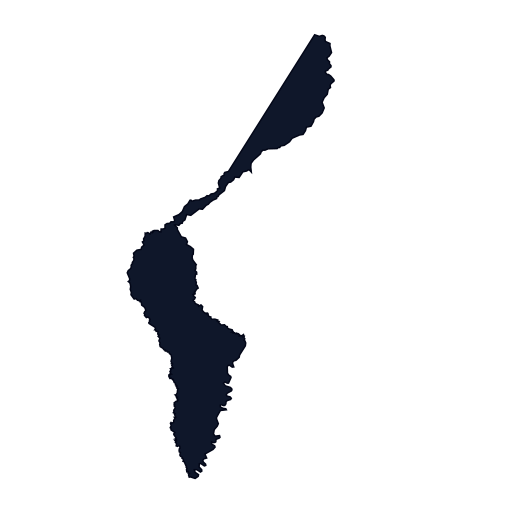 El Doncello, Caquetá, Colombia, rotated 43°
{"feature_id": "7082276B94017431983929", "entity_name": "El Doncello", "entity_type": "district", "adm_level": 2, "iso_a3": "COL", "parent_name": "Colombia", "parent_adm1": "Caquetá", "projection": "mercator", "projection_center": [-75.148, 1.876], "detail": "fine", "context": "isolated", "style": "filled", "palette": "ink", "viewbox_px": 512, "rotation_deg": 43, "n_neighbors": 0, "source": "geoboundaries", "source_scale": "gbopen_adm2", "svg_char_len": 6124}
<svg xmlns="http://www.w3.org/2000/svg" viewBox="0 0 512 512"><g transform="rotate(43 256 256)"><path d="M165.2,50.1L160.6,51.7L159.2,51.0L157.5,48.8L155.5,48.7L154.0,49.5L152.5,52.2L148.0,54.2L178.2,213.0L176.2,216.1L176.4,217.4L177.5,218.4L176.4,221.7L177.4,223.2L177.4,226.1L178.7,228.3L183.0,231.0L182.0,233.2L183.2,234.3L183.3,235.5L182.8,238.6L180.8,241.3L180.6,244.1L179.0,245.3L178.8,247.7L176.5,252.2L176.4,253.7L173.6,256.4L171.8,259.6L170.3,259.5L169.7,260.2L170.6,264.4L170.0,268.7L171.8,273.7L171.4,278.2L169.1,283.6L172.2,285.4L172.7,286.9L170.5,289.0L170.6,291.0L168.8,292.9L168.2,295.3L170.5,297.7L169.8,299.5L168.2,301.0L170.0,303.2L168.8,304.2L166.9,304.2L164.1,306.8L163.1,309.0L164.3,308.0L164.4,309.6L162.9,310.0L163.5,312.2L161.0,312.6L160.4,313.2L160.6,314.2L159.3,314.8L161.4,317.1L162.1,320.2L163.7,321.3L163.3,323.2L166.7,324.3L166.3,327.5L167.5,329.5L164.9,332.9L164.5,337.5L167.0,339.3L167.2,340.7L168.8,341.2L169.8,343.3L169.9,345.0L170.9,345.8L170.7,347.0L171.4,348.5L172.2,348.7L172.9,350.8L172.5,353.8L173.3,356.1L179.2,358.8L180.2,360.2L180.0,361.8L181.7,361.6L183.1,362.2L185.3,363.9L186.7,366.1L189.6,367.6L191.0,369.6L196.2,370.6L197.5,368.9L199.4,369.2L201.3,368.3L201.7,367.3L202.4,368.5L203.5,367.9L205.9,369.9L209.0,369.5L211.0,370.0L212.8,371.4L212.6,372.7L213.2,374.3L214.7,374.6L215.0,375.5L217.8,375.8L218.6,374.4L220.6,374.2L221.9,374.7L221.8,375.6L222.8,376.1L223.0,377.8L223.7,378.3L230.7,377.0L232.2,377.9L232.3,379.0L232.8,378.6L234.4,379.2L235.8,378.0L237.4,380.1L239.0,379.8L239.1,381.5L241.7,381.6L242.9,384.3L245.3,385.0L245.7,386.2L247.7,387.6L250.6,387.0L253.1,387.3L254.0,386.7L254.5,387.3L255.8,386.2L256.7,386.6L258.0,385.5L259.1,386.4L261.3,386.2L264.1,388.1L265.7,391.0L267.8,391.8L267.7,392.4L268.7,392.0L269.0,393.5L271.0,394.2L270.8,394.8L271.6,394.7L270.3,396.8L271.3,397.0L271.9,399.1L272.5,398.9L273.2,400.4L274.7,400.1L273.6,402.0L274.2,402.3L273.6,402.6L274.4,403.5L276.5,404.3L277.1,403.2L277.7,403.5L279.0,402.8L279.4,403.2L279.7,402.8L282.5,404.3L283.7,403.9L285.0,405.2L286.0,404.9L286.5,405.6L286.8,405.1L288.3,406.6L289.6,406.0L289.8,407.2L291.8,409.9L292.2,412.0L291.7,412.7L293.4,412.7L293.5,413.3L295.3,414.0L295.3,413.3L296.6,414.8L297.3,414.5L297.6,416.1L296.7,416.6L296.3,419.2L297.8,420.0L297.4,420.4L298.9,421.7L299.8,421.5L300.6,422.3L301.0,424.9L301.9,425.3L302.4,427.0L304.4,426.5L304.4,427.4L307.2,428.7L306.4,429.6L307.3,429.6L307.9,432.4L309.3,433.8L308.3,435.8L307.4,435.7L307.5,436.7L309.6,437.8L310.4,440.1L311.2,440.0L312.5,441.1L317.1,440.4L317.2,442.1L317.7,442.1L317.8,442.7L321.5,443.5L322.0,444.2L321.6,445.1L322.9,444.4L323.4,444.9L322.7,446.2L324.3,446.2L324.1,447.2L326.0,447.5L327.1,449.3L328.5,448.7L328.9,447.2L329.8,447.1L331.5,448.3L331.3,449.0L332.2,450.5L333.5,451.6L334.7,451.2L336.1,453.5L337.2,453.9L339.4,453.5L339.9,454.4L341.0,454.1L342.4,455.0L342.6,455.9L343.8,455.4L348.8,457.6L349.1,458.2L350.4,458.3L350.8,459.6L352.6,461.0L353.5,459.7L354.3,461.1L355.6,460.4L355.9,462.1L358.0,463.3L358.7,462.3L363.2,460.2L364.0,456.6L363.1,455.1L359.0,455.7L356.6,454.4L358.5,452.6L362.7,451.9L363.1,450.3L362.0,449.3L358.3,449.1L356.2,446.6L357.2,445.4L361.4,444.8L362.1,443.4L361.1,442.6L358.0,442.6L356.6,441.9L356.1,440.2L357.7,437.4L353.7,435.7L356.5,426.8L356.4,423.7L355.2,423.0L351.8,423.8L350.2,422.2L352.0,421.7L353.1,420.4L353.3,419.3L351.8,417.4L353.3,414.3L353.3,413.1L351.8,412.2L349.0,415.6L346.3,415.2L343.9,411.5L343.7,406.9L342.8,404.3L338.3,402.1L337.2,400.9L335.3,393.3L339.2,388.7L338.1,388.3L335.7,389.9L332.9,390.7L331.6,389.5L332.0,388.4L334.1,387.7L335.1,386.6L334.8,384.7L333.4,382.9L333.6,381.3L335.3,378.3L335.0,376.9L333.0,376.7L330.5,378.2L328.9,377.8L328.5,376.0L330.0,371.5L329.7,370.3L328.7,369.6L326.8,369.6L322.1,371.9L318.9,371.2L319.0,369.4L321.7,368.6L322.6,367.7L320.6,361.9L319.6,361.3L317.5,361.7L315.1,361.2L310.6,356.7L310.2,355.1L310.9,354.0L314.4,353.5L315.4,352.3L312.2,350.6L311.2,349.2L311.3,347.9L312.5,345.9L312.8,341.6L311.5,339.5L309.5,329.0L307.8,326.6L305.7,325.6L304.8,325.8L304.3,324.2L302.5,323.7L302.1,322.5L301.4,322.7L300.4,322.0L300.1,323.3L300.8,324.3L299.7,324.2L298.2,325.8L297.8,324.8L296.0,324.9L295.4,325.8L294.5,325.5L293.9,326.8L292.6,326.7L291.9,327.9L291.2,327.1L290.4,327.9L290.6,327.0L288.9,326.2L285.5,328.0L284.3,328.1L283.2,327.2L282.5,327.8L279.8,327.8L277.7,330.2L273.8,330.1L273.7,329.1L272.1,330.0L271.7,328.9L269.0,330.2L266.8,332.4L265.2,332.3L264.7,331.4L262.3,332.4L260.0,330.8L259.2,331.0L259.2,332.0L258.2,331.9L257.9,332.7L254.9,332.6L253.3,332.2L251.5,329.4L249.1,329.3L248.3,331.8L247.2,331.1L243.9,332.2L242.5,331.4L240.7,331.6L240.0,331.0L240.4,329.3L239.8,327.7L237.7,328.0L237.2,327.2L236.2,327.1L236.8,326.4L236.1,325.2L237.0,325.7L237.3,325.2L235.9,324.0L235.2,320.8L235.6,318.9L232.9,317.7L231.8,318.1L230.3,315.9L228.8,315.4L228.1,314.3L226.9,314.5L224.1,310.4L225.0,309.7L223.6,308.3L221.2,308.2L220.7,306.4L218.4,304.0L218.3,303.1L212.7,302.1L210.6,300.9L208.9,298.8L208.9,297.5L205.7,293.7L201.5,293.9L197.3,295.0L196.1,292.3L192.2,290.9L188.3,292.9L180.4,290.3L179.2,289.0L175.4,288.9L176.0,287.8L178.7,286.2L178.6,283.7L179.7,282.3L178.8,280.7L179.4,278.1L177.0,273.0L180.6,270.7L182.3,260.3L185.0,258.3L185.0,252.8L185.8,250.7L185.7,248.1L186.5,244.3L188.0,240.9L187.1,239.3L187.7,238.3L187.2,236.7L188.3,229.7L186.4,226.0L185.8,221.9L185.8,220.9L187.1,219.2L187.6,215.6L186.7,212.7L190.1,210.1L189.0,203.4L191.2,200.2L191.7,198.1L193.0,197.6L195.3,197.8L191.6,194.6L189.2,191.6L188.7,187.5L189.6,178.3L188.8,176.5L188.8,174.0L190.4,172.5L191.8,169.3L198.2,163.0L198.3,161.5L199.3,160.5L199.1,158.5L201.2,155.8L202.6,149.6L202.1,145.3L205.3,137.8L207.5,135.0L206.7,130.6L205.0,127.4L207.7,123.6L206.4,118.5L205.2,116.4L205.2,113.3L206.7,110.9L206.8,106.3L204.9,101.2L199.5,98.5L197.9,93.8L197.8,89.1L195.1,84.8L195.6,82.0L193.9,80.7L193.3,79.3L193.7,74.7L192.9,74.0L187.9,73.4L185.2,73.8L184.0,74.8L181.2,74.3L180.8,73.4L181.8,71.0L181.4,70.1L181.9,66.6L181.0,65.6L178.6,65.3L177.3,63.8L174.6,63.8L172.7,62.7L173.2,60.0L172.5,55.7L166.7,51.9L165.2,50.1Z" fill="#0f172a" stroke="#020617" stroke-width="1.5"/></g></svg>